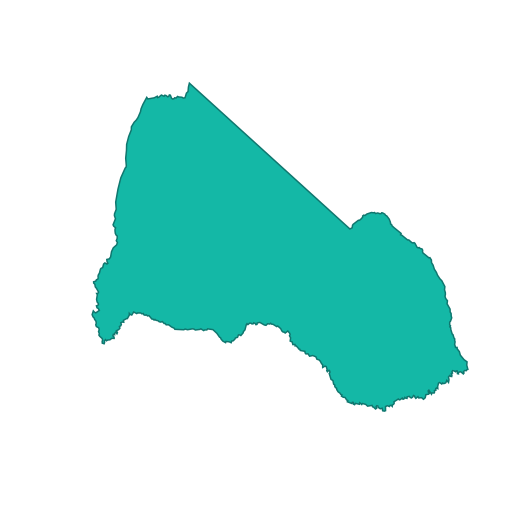 Dom Eliseu, Pará, Brazil, rotated 164°
{"feature_id": "56859067B48921877214716", "entity_name": "Dom Eliseu", "entity_type": "district", "adm_level": 2, "iso_a3": "BRA", "parent_name": "Brazil", "parent_adm1": "Pará", "projection": "equal_earth", "projection_center": [-47.874, -4.201], "detail": "fine", "context": "isolated", "style": "filled", "palette": "teal", "viewbox_px": 512, "rotation_deg": 164, "n_neighbors": 0, "source": "geoboundaries", "source_scale": "gbopen_adm2", "svg_char_len": 5964}
<svg xmlns="http://www.w3.org/2000/svg" viewBox="0 0 512 512"><g transform="rotate(164 256 256)"><path d="M201.0,86.9L197.5,85.0L196.7,86.3L195.3,84.1L194.4,84.9L191.4,83.1L190.1,80.9L185.6,80.4L185.5,78.9L184.6,78.3L183.3,76.0L182.0,76.4L182.1,78.1L181.2,78.8L180.2,78.3L180.3,76.9L178.7,74.9L176.7,74.9L176.9,72.3L175.3,71.5L174.1,71.6L173.0,75.6L171.0,75.9L169.2,74.5L168.3,75.4L167.2,75.2L166.5,73.9L165.9,75.2L164.5,75.6L163.7,76.5L163.6,77.8L158.6,79.3L157.9,78.2L156.8,78.2L154.6,79.1L154.2,77.8L153.2,77.8L151.9,79.1L151.2,78.0L150.1,77.5L149.5,79.0L147.3,78.8L146.7,77.5L145.8,76.7L144.3,77.2L143.0,78.5L142.2,77.7L142.1,76.3L141.6,75.1L139.1,76.2L138.7,74.7L135.9,74.2L134.5,72.1L132.4,73.1L130.9,75.9L128.2,75.6L127.3,76.1L127.8,77.5L127.7,78.9L126.8,79.4L125.4,74.8L124.6,75.9L122.5,75.2L121.8,76.1L121.6,77.5L120.0,77.5L119.8,79.0L118.9,79.4L117.8,78.4L117.4,80.4L115.6,83.5L114.4,83.8L112.7,81.7L111.7,82.5L110.7,81.6L109.5,81.6L108.4,81.9L106.9,83.9L105.8,81.4L104.6,83.8L104.3,86.7L102.6,87.7L102.1,86.6L101.1,86.2L100.5,87.5L100.7,89.1L99.4,89.3L99.5,90.8L98.6,91.6L97.2,90.9L96.1,89.7L95.2,90.4L94.3,90.1L94.8,87.4L93.9,86.9L93.7,88.2L91.6,88.5L90.7,87.7L89.2,85.5L88.3,86.2L88.5,87.6L86.9,88.4L85.5,87.8L84.7,88.6L83.6,88.6L83.5,93.0L82.3,96.1L84.6,99.0L86.9,104.4L86.9,108.1L88.2,111.3L87.9,112.7L89.4,113.1L89.4,116.3L88.3,118.6L88.3,120.2L87.8,121.5L88.3,122.7L88.3,126.0L88.9,127.0L89.0,131.7L88.6,133.4L89.2,134.5L88.3,135.2L88.8,136.5L88.0,139.1L87.1,139.6L84.9,142.6L84.9,144.4L84.3,147.1L84.8,148.6L84.1,151.5L85.5,157.4L84.3,160.2L85.4,163.0L85.4,165.3L84.6,166.7L84.1,168.5L84.1,171.5L82.9,174.5L84.2,181.0L85.5,183.4L86.8,187.5L87.1,190.5L88.2,194.2L88.3,198.4L89.1,201.2L88.5,203.8L89.3,206.5L90.3,206.6L94.7,213.0L94.7,214.4L94.2,215.6L94.4,216.9L96.3,218.2L96.9,219.2L97.9,219.1L98.8,220.0L99.7,224.4L100.4,225.3L101.4,225.2L102.5,225.9L104.7,229.3L105.9,229.7L110.2,235.9L111.2,236.6L110.3,237.7L115.5,245.2L116.9,247.5L117.0,248.9L117.8,249.6L117.5,251.4L117.8,254.7L119.3,258.6L120.3,259.4L120.6,260.7L122.4,262.5L123.3,262.9L124.1,262.3L125.2,262.5L127.1,263.8L129.4,263.9L130.0,265.1L131.0,265.1L133.1,266.0L137.9,265.8L140.1,264.9L141.1,265.6L142.4,265.1L142.8,263.9L144.7,262.7L146.7,261.8L147.8,262.1L153.8,259.7L154.7,259.0L155.8,256.6L158.3,256.1L272.4,440.5L274.4,437.0L276.0,432.8L278.0,431.7L280.6,427.7L282.3,427.8L283.4,429.0L286.5,430.2L287.4,431.0L289.3,429.9L290.6,430.5L291.6,429.8L292.9,429.9L293.7,431.0L294.0,434.2L294.9,434.7L295.8,433.6L296.9,433.3L298.4,435.2L299.4,435.7L300.4,434.9L302.6,436.8L305.8,435.4L306.9,435.4L306.9,436.8L310.3,436.1L316.7,436.8L317.3,438.6L322.9,432.9L325.9,429.2L327.3,426.5L331.3,421.6L333.7,419.6L336.2,418.2L340.2,414.5L341.1,411.6L345.4,406.0L349.6,398.9L351.4,393.2L354.3,385.9L355.8,378.5L356.5,377.1L357.4,376.7L364.4,368.4L370.2,358.4L376.0,346.5L377.5,339.4L380.4,335.5L381.0,333.8L380.8,330.6L384.8,325.4L384.6,324.0L383.2,321.7L384.1,320.7L384.6,319.0L385.0,316.5L384.7,314.7L383.9,313.4L384.6,311.2L386.1,309.2L385.5,307.2L386.9,305.1L390.9,303.2L393.7,300.0L396.0,295.2L397.8,293.7L400.4,293.8L400.7,291.7L400.4,289.8L401.5,289.4L403.2,291.0L404.7,290.3L406.6,287.1L408.2,286.9L409.1,286.3L411.3,282.6L412.6,281.5L413.4,280.2L413.8,278.2L414.6,277.3L415.9,277.2L417.0,276.0L419.2,276.0L419.5,274.7L418.7,273.3L419.0,270.6L418.3,269.0L417.3,264.7L418.4,263.6L419.5,263.9L419.2,262.5L421.2,258.3L421.4,255.6L420.7,254.0L420.9,252.7L421.9,252.1L423.1,252.1L423.1,250.1L422.1,249.0L421.6,246.9L425.7,245.5L426.8,246.6L427.5,248.1L429.7,244.8L429.4,242.3L428.7,241.2L428.6,239.6L427.8,237.4L428.1,235.4L429.0,234.0L428.9,232.2L427.0,230.3L427.1,228.2L428.2,226.8L428.0,224.5L428.8,223.3L428.4,222.0L426.6,219.0L426.6,217.5L427.4,216.4L427.8,214.6L426.2,213.5L425.4,214.6L425.0,216.3L423.7,217.1L423.1,215.7L421.7,216.1L419.5,215.7L417.3,216.6L415.1,215.9L414.8,217.2L415.6,218.7L414.7,220.0L413.6,219.3L413.2,220.5L411.8,221.4L411.1,219.6L410.3,220.6L410.8,222.6L408.3,223.1L406.8,224.0L406.7,225.9L405.2,226.2L404.3,227.3L404.4,229.1L402.8,229.4L401.4,228.8L401.2,230.7L397.8,231.5L396.9,231.3L394.1,234.1L393.6,235.7L393.0,234.4L391.7,233.5L389.0,235.9L386.5,233.5L385.6,233.9L382.5,233.0L381.6,231.8L380.2,231.8L380.0,230.4L378.9,229.6L377.7,229.7L376.8,228.3L375.3,228.2L373.5,224.1L372.4,223.7L371.6,222.5L370.6,222.9L369.9,221.8L367.9,220.7L367.2,219.5L365.7,218.7L364.1,218.8L362.9,216.4L361.9,216.2L361.3,214.6L359.0,214.0L356.7,211.0L354.6,209.2L354.2,207.9L345.7,205.0L344.3,205.3L342.1,204.0L337.3,203.5L335.9,202.9L334.7,201.6L330.1,200.9L329.1,201.2L326.8,198.7L325.8,199.1L323.6,198.5L322.6,199.3L317.7,197.1L314.9,192.4L313.4,188.0L312.6,187.2L312.5,185.8L311.4,183.4L309.1,181.1L308.4,182.1L305.4,180.9L303.8,179.5L302.8,180.9L301.2,180.8L299.2,181.9L298.4,182.9L296.2,182.9L294.6,185.0L293.7,184.8L292.5,183.7L289.6,185.6L288.9,186.8L287.0,188.0L284.3,192.6L283.3,193.4L282.7,192.3L280.7,193.2L279.5,192.9L278.6,191.8L277.4,191.6L276.6,192.4L275.4,191.4L275.0,190.0L273.9,190.0L273.3,191.3L270.6,191.1L267.0,187.4L265.5,186.6L263.5,187.7L261.5,186.8L260.4,187.3L259.8,186.2L258.5,185.7L255.5,182.4L254.4,182.7L252.3,179.4L251.8,176.8L250.9,175.4L249.8,175.0L249.2,173.9L246.1,175.1L244.9,172.5L244.9,171.0L245.8,170.1L245.3,167.8L246.6,164.8L244.9,163.4L245.0,160.7L242.9,160.2L243.2,158.8L242.2,158.6L240.9,156.2L240.6,154.9L239.6,154.3L239.5,153.0L235.3,150.9L235.5,149.3L235.0,148.1L233.0,147.7L232.1,144.9L228.9,144.7L226.2,142.6L225.9,140.0L224.0,138.7L223.2,137.1L222.6,134.2L221.9,133.2L222.6,130.5L220.0,131.1L219.0,130.4L218.9,127.3L219.6,126.4L219.3,125.1L217.3,126.0L216.8,125.0L217.1,123.6L218.0,122.9L217.9,116.7L216.4,115.1L216.7,111.4L215.8,110.2L216.2,108.9L215.9,107.6L215.0,106.8L215.2,105.3L214.5,102.8L213.0,100.9L212.7,99.7L211.7,98.8L212.5,97.8L211.1,96.2L209.3,95.4L208.6,92.7L207.6,91.8L208.4,90.7L204.5,87.8L203.7,88.8L202.8,88.4L203.1,86.7L202.2,85.9L201.0,86.9Z" fill="#14b8a6" stroke="#0f766e" stroke-width="1.5"/></g></svg>